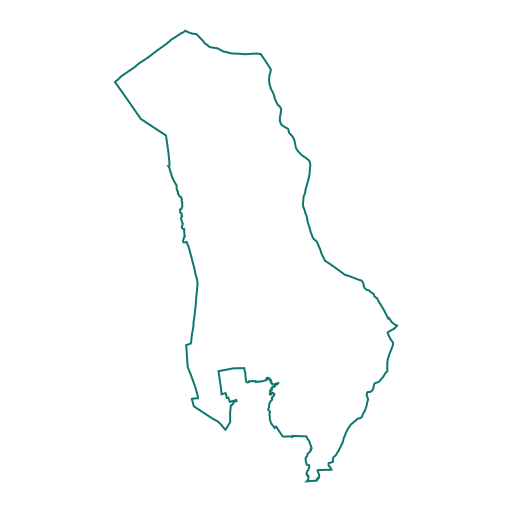 the district of Mitocu Dragomirnei, Suceava, Romania
{"feature_id": "2599482B44834834601396", "entity_name": "Mitocu Dragomirnei", "entity_type": "district", "adm_level": 2, "iso_a3": "ROU", "parent_name": "Romania", "parent_adm1": "Suceava", "projection": "albers", "projection_center": [26.23, 47.747], "detail": "fine", "context": "isolated", "style": "outline", "palette": "teal", "viewbox_px": 512, "rotation_deg": 0, "n_neighbors": 0, "source": "geoboundaries", "source_scale": "gbopen_adm2", "svg_char_len": 6061}
<svg xmlns="http://www.w3.org/2000/svg" viewBox="0 0 512 512"><path d="M387.9,358.8L389.5,353.9L392.7,345.9L393.0,344.3L392.9,342.7L392.9,342.3L390.7,339.4L389.8,337.7L388.2,334.4L387.7,332.4L392.2,329.7L394.0,328.9L395.9,327.0L397.0,325.6L394.9,324.6L391.6,322.0L389.2,318.2L388.3,318.7L383.9,310.0L378.3,300.8L377.1,298.2L375.4,297.3L374.4,296.3L373.4,293.8L370.4,291.9L369.6,290.9L368.9,290.4L367.8,290.0L366.5,289.8L364.7,288.1L363.8,286.4L363.7,284.4L362.5,281.8L361.4,280.5L359.1,279.9L347.6,275.5L345.5,275.1L343.9,274.1L333.9,266.7L324.9,260.6L321.3,253.1L320.5,250.2L317.3,242.7L316.1,240.9L313.9,239.3L312.4,236.8L311.6,234.3L310.8,232.6L309.7,228.1L307.7,222.2L306.7,216.6L306.4,215.4L305.3,213.1L305.0,211.6L304.5,209.8L303.4,207.2L302.9,204.9L303.6,196.5L304.8,193.7L305.2,192.4L305.5,189.7L307.6,182.2L308.3,180.0L309.6,173.5L310.3,164.6L309.7,161.6L308.6,160.1L305.6,157.7L302.2,155.5L299.6,153.0L297.4,150.4L296.6,149.2L295.8,147.5L294.7,141.6L293.8,138.9L292.2,136.1L289.2,132.9L288.2,129.2L287.7,128.5L285.1,127.3L281.4,124.7L280.4,122.5L280.0,121.2L279.9,120.0L279.9,117.4L280.8,112.9L280.9,111.3L281.2,109.7L281.0,108.6L280.0,106.9L279.0,105.7L277.8,104.9L275.4,100.2L274.7,98.2L274.2,95.6L272.3,91.2L271.5,90.1L270.6,88.0L270.3,86.4L269.6,84.5L269.1,80.3L269.2,77.7L269.5,76.1L269.6,74.7L270.2,73.1L270.9,69.6L268.0,64.8L260.7,54.0L260.2,54.2L258.3,53.6L252.9,53.7L246.7,54.2L244.0,54.2L240.5,53.8L232.8,53.5L230.2,53.2L226.8,52.1L224.1,51.8L217.4,48.3L211.8,47.5L208.5,46.5L208.0,45.4L206.1,44.3L204.2,42.7L203.1,41.0L196.5,34.1L192.2,33.6L188.3,32.3L185.4,30.7L183.3,32.3L180.9,33.4L174.0,38.0L171.1,39.7L169.7,41.1L167.0,43.4L154.6,52.4L150.3,55.8L144.9,59.6L139.1,63.3L134.0,67.6L131.9,69.1L130.3,70.1L121.3,76.3L117.8,79.7L115.7,81.3L115.0,82.1L123.5,94.0L140.8,118.9L166.0,135.5L168.4,152.3L169.4,162.3L169.4,165.8L169.0,166.1L168.3,166.1L169.5,168.0L169.8,170.0L170.2,170.3L170.3,171.3L170.5,172.0L170.8,172.8L171.2,173.3L171.5,175.1L172.0,176.9L172.9,178.8L174.3,181.6L176.6,185.5L176.5,187.6L176.7,188.3L176.9,189.6L177.3,190.8L178.1,191.9L177.9,193.7L178.9,195.0L179.6,196.5L180.9,196.9L180.9,197.3L181.9,199.0L181.6,200.1L181.6,201.5L182.4,202.7L182.2,203.0L182.1,204.2L182.3,205.1L182.3,206.7L182.2,207.1L181.6,207.9L181.6,208.8L180.0,209.6L180.0,210.1L180.3,212.7L181.5,213.3L181.7,214.7L181.6,215.4L182.2,216.1L182.1,216.5L181.3,217.1L181.0,218.8L181.7,220.3L181.9,222.0L182.8,223.4L182.8,223.7L182.4,224.7L182.4,225.7L181.9,226.4L181.8,227.3L182.2,228.1L183.1,229.1L184.1,229.0L184.3,230.1L184.1,231.9L184.4,233.1L184.3,234.4L184.9,236.3L184.7,236.7L183.9,237.3L183.8,238.4L183.2,240.1L183.0,241.5L183.2,241.9L184.0,242.5L184.8,242.4L186.6,241.9L187.6,244.5L188.6,246.7L194.4,268.6L195.5,274.1L196.4,277.0L197.5,282.0L197.4,286.2L196.2,297.6L195.7,305.9L195.1,310.0L194.2,318.6L193.5,322.4L193.4,326.4L191.9,334.9L191.1,342.1L190.8,343.5L186.2,345.2L187.7,367.1L190.4,373.6L195.6,388.0L197.6,395.6L197.9,397.6L197.9,398.3L195.9,398.3L194.1,398.6L193.7,398.5L191.9,398.9L193.8,406.3L212.7,418.7L217.0,421.0L218.1,421.8L219.7,423.2L221.4,425.0L224.5,428.8L225.5,429.8L228.3,425.3L230.2,422.0L230.1,412.9L230.9,405.2L232.1,404.9L233.5,403.0L234.0,401.8L236.5,401.1L236.2,400.0L229.9,401.9L228.1,397.6L226.8,397.9L226.0,394.2L225.4,393.1L221.6,394.3L220.7,386.2L218.5,371.2L233.7,368.3L244.2,368.1L244.7,371.0L245.4,372.8L245.4,375.5L245.9,380.0L246.5,382.3L248.9,382.2L249.0,381.3L252.8,381.0L253.0,381.3L255.7,381.1L255.8,382.0L262.6,381.2L266.8,380.0L266.9,379.8L266.3,378.6L266.4,378.3L267.7,377.7L268.2,377.9L268.2,378.1L268.0,378.8L268.5,378.8L268.9,378.3L269.2,378.3L269.8,378.8L269.8,379.5L270.0,380.0L271.0,380.2L271.0,380.4L270.4,381.0L270.4,381.3L270.8,381.9L271.5,382.1L271.3,383.3L271.9,383.5L272.4,384.2L272.9,384.1L273.5,384.5L278.3,383.0L278.3,383.4L275.0,385.5L274.8,386.5L274.5,386.8L273.8,386.5L272.3,387.1L272.1,387.3L272.2,387.8L271.6,388.0L271.4,388.2L272.0,389.2L272.0,389.6L270.5,389.8L270.4,390.1L270.4,390.6L270.2,390.7L270.0,391.4L270.4,391.9L270.9,392.1L270.2,392.2L270.2,392.4L270.3,393.4L270.6,393.9L270.4,394.2L270.0,394.2L270.2,394.6L270.9,394.6L271.7,393.5L272.1,393.3L273.9,393.6L274.4,394.0L274.2,395.0L272.7,397.0L271.8,397.8L271.8,398.3L272.3,399.2L272.2,399.7L270.8,400.9L270.5,401.6L269.6,402.7L269.6,403.3L269.1,404.6L269.2,405.4L269.0,407.4L268.3,408.8L268.2,409.3L268.3,410.0L270.0,411.7L270.0,412.0L269.7,412.7L269.5,413.4L269.5,415.1L269.8,416.1L269.8,419.1L270.6,421.9L270.9,422.8L272.5,425.3L274.2,427.2L274.6,428.0L275.1,427.7L275.7,426.7L276.2,426.7L282.5,436.2L282.8,436.4L283.4,436.6L290.8,436.4L292.4,437.0L292.6,435.9L306.4,436.4L307.6,439.0L308.2,439.8L309.1,440.6L310.2,444.2L310.9,445.8L310.9,446.5L311.7,448.1L310.7,449.2L310.7,449.8L311.0,450.1L310.8,450.5L310.1,451.1L309.5,452.3L308.5,452.9L307.6,453.8L307.3,455.4L306.8,456.7L305.6,457.8L305.8,461.2L306.7,464.5L307.2,465.0L309.1,465.2L309.3,465.7L309.2,467.7L308.7,468.3L308.4,469.9L307.7,470.5L307.2,471.2L306.8,472.8L306.5,473.7L306.4,474.0L307.3,474.9L307.4,475.9L307.8,476.2L308.2,475.9L308.5,476.9L308.3,478.8L308.0,479.7L307.4,480.6L306.7,481.3L316.9,480.6L316.9,479.2L317.8,479.1L317.8,477.9L319.1,477.6L319.3,476.9L319.0,474.7L317.8,471.4L317.7,470.1L331.4,469.7L330.3,467.3L329.1,466.2L328.7,465.6L328.5,464.0L328.7,463.1L332.9,462.0L333.1,461.0L332.9,459.6L332.9,458.7L333.2,458.0L333.8,456.9L335.4,455.6L336.4,454.4L337.2,452.8L338.8,450.7L338.8,450.1L339.2,449.5L342.4,443.0L343.0,441.2L344.0,437.4L344.9,435.7L345.7,433.2L348.3,428.1L349.0,427.0L350.1,425.8L350.7,424.6L351.7,423.8L352.9,423.0L354.1,421.6L355.5,420.9L356.4,419.7L357.0,419.1L357.7,418.6L359.4,418.4L361.6,417.3L363.3,413.2L364.1,412.1L365.2,410.0L366.7,405.3L367.1,403.0L368.1,399.4L367.6,398.3L367.4,397.0L366.6,395.5L366.6,394.6L367.0,393.7L367.1,392.8L367.8,392.0L370.0,392.0L371.8,391.0L372.6,389.8L373.4,388.1L373.7,385.9L374.3,384.1L374.7,383.4L375.1,383.0L377.4,382.5L379.4,381.4L382.2,377.9L383.3,376.7L385.3,373.2L387.4,371.2L387.2,368.7L387.3,365.0L387.2,363.2L387.9,358.8Z" fill="none" stroke="#0f766e" stroke-width="2"/></svg>